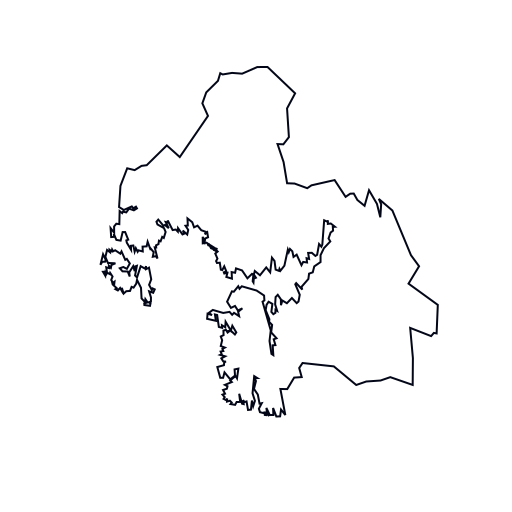 Kristiansand nor, Vest-Agder, Norway (Robinson projection), rotated 66°
{"feature_id": "86288312B34972554267052", "entity_name": "Kristiansand nor", "entity_type": "district", "adm_level": 2, "iso_a3": "NOR", "parent_name": "Norway", "parent_adm1": "Vest-Agder", "projection": "robinson", "projection_center": [8.031, 58.172], "detail": "fine", "context": "isolated", "style": "outline", "palette": "ink", "viewbox_px": 512, "rotation_deg": 66, "n_neighbors": 0, "source": "geoboundaries", "source_scale": "gbopen_adm2", "svg_char_len": 6157}
<svg xmlns="http://www.w3.org/2000/svg" viewBox="0 0 512 512"><g transform="rotate(66 256 256)"><path d="M437.5,165.3L413.1,154.2L384.4,144.4L400.4,128.6L398.6,124.8L400.2,122.5L374.6,109.8L343.3,127.9L331.7,111.2L318.3,114.1L269.9,112.9L253.8,120.6L259.6,120.6L271.2,126.7L257.6,124.3L241.9,126.0L254.3,136.4L246.1,140.6L238.7,141.3L237.4,144.6L238.4,150.1L218.6,153.3L214.0,176.6L214.9,181.6L205.5,191.3L202.2,198.0L181.4,192.6L162.5,190.8L165.1,185.6L160.8,177.6L133.8,167.6L123.3,154.1L88.0,168.6L83.9,178.0L83.8,194.5L79.0,203.4L76.6,212.6L74.5,214.3L80.5,219.5L86.3,234.9L94.7,242.9L108.5,242.9L134.6,285.4L118.7,292.5L128.6,318.9L127.1,323.9L128.2,331.9L123.5,338.0L136.8,351.3L155.6,361.2L160.2,358.0L160.2,349.3L162.5,348.7L162.1,345.6L164.1,345.4L164.6,349.0L161.1,352.7L163.4,356.8L161.4,359.5L162.4,360.8L159.5,362.3L171.3,367.9L169.7,370.5L171.3,373.6L177.0,376.1L171.4,377.5L179.8,380.6L180.8,377.8L178.1,376.9L184.5,377.0L186.9,373.4L179.9,368.1L180.9,365.8L189.1,366.1L189.0,368.1L191.3,368.6L199.5,367.6L195.8,366.1L196.5,363.8L202.7,365.1L200.0,362.6L204.0,362.4L203.0,361.1L205.8,357.6L201.3,355.8L202.7,352.0L198.9,349.2L207.7,349.8L206.6,349.1L210.9,347.9L214.7,350.6L215.4,347.6L218.2,347.0L206.9,345.0L207.6,343.7L205.6,343.0L205.5,340.3L202.5,338.4L203.8,337.2L200.4,333.9L202.0,332.9L197.3,328.8L193.1,328.7L187.1,333.2L184.2,333.0L183.0,330.5L190.9,328.2L190.6,326.6L195.1,324.4L188.2,324.7L189.5,323.0L187.6,322.2L198.4,321.6L199.2,318.5L202.0,317.5L198.9,315.9L206.4,314.4L206.4,312.4L203.0,312.5L208.4,310.1L204.6,307.3L199.7,308.1L200.4,305.9L193.8,303.3L199.2,300.5L204.6,300.9L204.5,297.1L210.2,295.5L213.6,291.9L215.4,293.9L214.5,290.9L219.4,292.2L219.3,295.2L222.1,297.1L216.8,296.9L222.8,299.5L223.7,295.8L224.8,295.1L226.1,295.3L226.9,295.2L227.2,294.8L225.6,294.8L225.9,294.2L230.6,293.9L231.5,293.0L228.8,292.5L230.3,291.5L230.4,292.3L231.0,291.9L231.7,292.3L234.0,292.0L232.2,291.9L231.3,291.2L233.4,289.0L235.2,290.4L233.3,291.8L235.5,290.4L234.9,289.8L236.3,289.2L237.2,292.2L242.7,292.3L244.4,294.5L246.5,294.5L247.4,291.8L254.2,293.7L255.1,292.5L252.5,289.2L258.1,289.4L257.8,292.0L259.1,292.1L259.8,289.0L263.1,291.6L266.9,287.2L260.8,284.8L262.8,281.9L259.2,279.3L263.5,274.6L272.9,272.9L270.7,267.0L271.9,266.4L270.5,266.0L271.7,265.8L277.7,269.3L279.2,269.1L275.7,267.2L275.8,264.9L272.1,265.5L269.2,263.2L275.2,260.2L270.6,251.3L276.7,249.7L264.0,242.1L268.1,241.1L276.4,243.6L278.9,241.1L277.3,239.8L279.4,239.7L276.4,234.0L263.1,224.3L265.8,224.5L263.4,222.1L266.5,220.9L272.1,222.1L271.3,218.3L282.9,218.2L280.6,215.3L282.7,212.0L278.6,210.7L280.3,208.7L274.4,207.1L275.8,203.7L280.1,201.7L279.8,199.7L270.7,193.5L274.1,192.5L272.6,190.8L251.1,179.2L253.7,176.9L252.7,175.8L255.9,177.3L256.7,174.5L261.4,172.0L260.7,174.0L264.2,175.3L264.9,178.3L269.5,182.6L272.9,182.2L276.5,190.8L281.5,196.7L287.8,199.5L289.2,207.0L294.0,210.8L293.7,214.7L298.3,217.5L302.7,227.0L305.5,227.4L297.1,230.3L297.8,231.6L309.2,231.8L314.9,235.7L315.6,238.0L309.0,240.3L311.7,247.0L307.4,250.0L311.1,253.2L305.7,250.9L300.3,251.9L301.5,254.8L308.0,258.2L314.7,259.0L313.1,260.1L315.8,261.4L316.2,263.8L313.3,264.7L306.4,260.5L302.9,263.1L304.9,266.2L309.4,269.2L319.2,269.5L321.4,270.8L325.5,269.3L331.9,273.2L339.5,270.7L339.3,273.7L345.3,274.5L344.4,277.1L353.6,280.5L351.7,281.7L339.1,278.2L330.0,272.8L300.4,268.6L300.0,266.4L295.4,264.7L287.8,269.5L277.9,281.3L279.2,284.4L276.4,284.5L279.6,290.8L278.5,292.4L286.0,301.0L293.2,300.0L293.1,295.5L298.4,294.7L298.3,289.7L299.7,295.0L304.1,295.9L299.0,299.2L300.0,301.7L296.3,302.9L294.7,309.1L287.7,317.4L288.8,322.4L292.1,320.2L289.0,323.7L293.5,326.2L298.9,319.0L292.7,317.3L294.1,315.5L305.7,318.8L307.8,316.2L305.4,315.3L308.6,313.1L303.7,310.5L313.9,309.3L310.1,306.0L317.8,305.1L319.1,307.2L313.9,309.4L313.0,312.5L313.9,311.1L314.4,313.1L311.2,313.5L310.9,316.1L315.1,317.8L315.2,320.9L319.2,321.2L323.9,324.8L327.0,321.7L327.2,324.5L329.5,324.5L328.9,327.2L331.8,327.3L331.8,328.9L335.1,325.0L335.4,329.3L338.9,328.8L340.3,326.4L340.1,328.2L342.7,329.7L341.7,336.5L352.7,338.2L353.9,335.6L349.5,332.1L358.2,329.7L356.7,323.8L350.9,321.7L351.7,317.9L360.0,323.1L357.9,323.3L357.9,325.8L359.3,330.2L361.3,329.4L361.1,336.8L363.4,335.0L365.4,336.6L365.0,340.6L369.2,340.3L369.0,343.0L372.2,342.0L373.3,343.7L375.6,341.9L374.5,340.3L377.2,341.7L377.6,338.7L380.0,337.8L380.9,339.5L383.5,335.6L381.5,333.1L382.9,329.8L375.0,327.4L385.3,328.8L386.3,327.5L382.4,326.4L384.8,325.9L385.0,323.8L393.4,325.9L394.3,323.1L386.4,318.5L392.0,319.6L387.9,315.9L380.0,315.0L365.0,306.5L368.0,304.5L367.0,306.9L370.2,306.9L376.6,311.9L383.3,310.7L392.3,312.8L392.8,310.6L396.7,315.5L400.3,315.9L402.8,312.7L401.7,311.5L404.8,312.6L405.5,311.4L403.9,310.5L407.5,309.1L403.6,309.7L399.0,308.3L406.9,308.1L408.3,304.8L401.8,302.2L410.9,302.7L412.3,299.2L406.5,295.6L413.2,293.9L387.4,287.8L390.3,281.6L382.6,270.6L385.2,263.5L375.9,262.1L372.7,257.0L388.5,229.8L414.6,216.9L415.5,206.3L420.4,192.9L421.3,182.6L437.5,165.3ZM234.7,361.2L223.1,358.5L223.3,361.8L220.5,360.6L222.6,362.4L218.4,365.5L227.2,373.4L224.6,374.4L216.5,368.8L216.3,371.4L218.4,371.6L220.5,373.0L215.3,372.3L219.4,378.5L223.4,379.7L218.0,379.5L215.7,384.2L211.8,385.4L212.1,381.7L215.2,379.2L211.5,374.3L206.1,375.2L206.3,377.0L197.1,377.0L198.7,379.0L193.5,382.3L193.6,384.6L191.5,384.8L193.0,386.0L190.8,387.2L193.1,387.9L189.9,389.6L196.8,394.9L192.2,395.0L200.8,401.7L198.8,398.9L199.8,396.1L197.4,394.0L202.1,394.1L205.5,387.4L205.4,391.7L207.7,393.3L205.1,394.3L207.4,395.0L205.4,397.4L209.6,398.6L208.2,402.2L212.7,401.7L209.9,400.2L211.7,400.0L210.8,398.7L213.1,396.9L212.1,396.1L216.4,395.4L219.0,398.0L222.3,397.5L221.9,395.7L223.6,396.7L222.0,398.2L223.7,398.5L228.8,396.3L229.1,397.9L231.3,396.2L229.9,393.1L233.1,392.8L230.5,391.5L236.5,392.2L235.4,388.8L236.7,385.3L233.6,382.2L235.1,380.7L232.6,376.7L229.4,374.4L238.3,374.0L248.2,377.8L252.9,376.2L250.4,374.6L254.3,373.9L253.9,377.4L255.4,377.9L258.4,373.1L256.3,371.6L254.6,373.0L254.8,370.5L251.1,368.8L244.8,368.0L247.8,364.9L245.3,362.1L243.5,363.7L244.8,365.0L238.9,365.4L234.7,361.2Z" fill="none" stroke="#020617" stroke-width="2"/></g></svg>